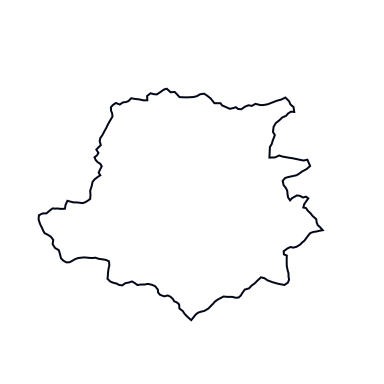 Camanducaia, Minas Gerais, Brazil, rotated 200°
{"feature_id": "56859067B71206053362122", "entity_name": "Camanducaia", "entity_type": "district", "adm_level": 2, "iso_a3": "BRA", "parent_name": "Brazil", "parent_adm1": "Minas Gerais", "projection": "albers", "projection_center": [-46.078, -22.797], "detail": "fine", "context": "isolated", "style": "outline", "palette": "ink", "viewbox_px": 384, "rotation_deg": 200, "n_neighbors": 0, "source": "geoboundaries", "source_scale": "gbopen_adm2", "svg_char_len": 3363}
<svg xmlns="http://www.w3.org/2000/svg" viewBox="0 0 384 384"><g transform="rotate(200 192 192)"><path d="M211.5,85.9L208.5,87.5L205.2,88.7L201.9,90.6L198.1,91.1L194.5,90.9L190.8,88.7L189.4,85.9L186.7,84.4L182.3,84.5L179.3,86.5L176.3,86.2L173.3,84.9L171.4,83.2L168.6,83.1L165.7,82.0L164.0,78.2L160.0,77.0L157.8,75.3L155.2,73.9L152.1,72.6L148.9,71.3L147.8,74.5L146.7,77.9L145.1,80.6L142.9,82.4L139.7,84.5L136.8,88.0L135.3,91.4L134.1,93.9L132.8,97.2L130.9,99.8L128.8,102.2L126.6,104.6L124.1,105.2L121.6,106.0L118.4,107.2L114.6,107.6L112.1,108.8L110.7,111.4L110.2,114.2L109.0,118.4L105.5,120.9L104.0,124.4L101.9,127.5L100.0,131.5L98.0,135.4L94.5,135.8L90.7,134.8L85.2,134.8L80.0,135.2L73.4,136.2L70.9,139.6L70.8,142.8L72.4,145.6L73.4,148.4L75.2,150.9L77.6,154.8L79.5,159.7L81.2,164.7L84.3,164.8L85.6,167.7L82.9,171.7L80.6,174.0L78.0,174.3L75.1,176.2L72.5,179.4L71.2,182.3L69.7,184.7L68.9,187.5L68.0,190.6L66.9,193.7L64.4,195.9L61.6,197.4L59.4,198.9L56.1,200.8L59.7,202.8L62.4,203.8L64.3,205.8L66.0,209.0L70.4,210.7L73.3,212.5L76.8,214.0L79.4,215.9L82.1,215.5L82.4,218.7L81.6,222.0L80.5,225.8L83.3,226.6L85.8,224.8L89.4,225.3L92.3,224.6L94.1,222.5L95.9,220.4L97.0,217.7L99.8,219.7L101.6,222.8L102.8,225.5L104.9,227.7L108.2,229.7L110.6,233.4L109.4,236.8L107.4,238.5L105.2,239.9L102.3,241.7L99.4,243.6L97.7,245.7L95.5,249.0L92.0,252.9L89.9,256.9L91.8,258.8L94.6,261.8L98.0,259.7L109.1,258.1L112.5,257.4L119.4,256.2L122.6,256.1L125.8,252.9L131.0,250.8L134.2,261.0L133.5,264.2L133.7,267.6L133.6,273.8L136.5,276.2L137.6,281.3L136.8,285.5L134.6,289.0L132.6,293.0L129.7,295.7L128.6,298.6L126.5,301.3L123.3,302.2L125.7,306.6L129.4,307.9L131.8,310.5L136.6,312.7L139.6,309.5L143.7,306.6L150.9,300.3L154.9,298.0L157.4,297.1L162.6,296.5L165.2,293.4L168.6,292.8L171.3,290.4L174.0,286.6L177.2,285.8L179.8,286.7L181.9,285.0L184.9,283.1L193.4,283.7L195.6,285.2L201.3,283.1L206.3,286.2L210.7,287.7L214.3,288.5L217.8,286.6L220.2,283.7L223.2,281.7L227.9,279.7L231.7,278.3L236.2,276.9L240.0,278.9L242.5,280.1L246.2,278.4L251.0,280.4L253.4,278.7L256.3,274.5L258.4,271.7L261.2,270.9L264.7,270.6L267.0,266.9L265.4,262.9L268.7,261.6L273.1,261.0L277.2,260.0L281.2,259.3L282.8,255.7L284.9,253.9L287.5,252.6L289.8,249.5L294.0,249.6L296.1,246.7L297.2,243.9L295.8,240.6L293.9,238.5L292.5,235.7L293.4,231.1L294.1,226.9L294.5,222.8L295.1,219.0L295.7,214.7L296.6,211.4L296.2,208.3L293.7,204.8L295.1,202.1L296.4,199.1L293.3,196.7L293.9,193.7L295.5,191.3L293.3,189.0L290.7,187.7L287.8,187.1L285.6,185.3L286.1,181.7L286.3,178.2L283.9,176.4L286.2,173.2L287.9,170.5L288.9,167.4L288.3,163.4L288.1,158.4L286.4,154.5L285.3,150.7L286.7,148.5L288.8,145.9L291.0,144.1L293.9,143.5L297.0,142.7L299.8,141.7L302.9,141.4L306.1,141.1L306.4,136.6L305.7,132.8L309.6,131.2L312.5,130.6L314.8,129.6L317.4,128.9L319.1,126.3L321.4,122.2L325.1,120.7L327.9,117.8L326.8,113.8L325.0,111.4L323.1,109.2L320.7,107.0L318.8,104.9L316.4,102.9L313.0,102.5L309.3,101.7L306.0,99.5L305.1,95.3L301.5,92.5L297.3,91.8L295.1,88.9L292.4,84.9L289.4,83.5L286.1,82.9L283.0,84.1L280.9,86.5L278.7,89.1L276.4,91.0L273.8,92.3L271.1,93.6L268.3,94.4L265.5,95.1L262.7,96.0L260.4,97.2L257.0,97.3L253.6,98.0L249.9,98.7L246.4,98.5L244.6,94.9L244.2,91.4L243.3,87.4L242.5,84.7L241.7,81.5L238.1,79.9L234.2,79.8L231.6,80.2L228.8,79.7L225.6,80.4L223.5,83.5L220.4,85.3L217.8,87.4L214.4,86.8L211.5,85.9Z" fill="none" stroke="#020617" stroke-width="2"/></g></svg>